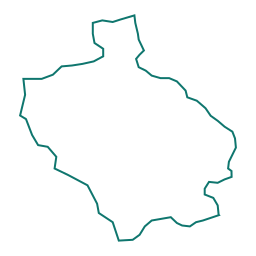 Jincheon-gun, North Chungcheong, South Korea
{"feature_id": "91817680B40614027699537", "entity_name": "Jincheon-gun", "entity_type": "district", "adm_level": 2, "iso_a3": "KOR", "parent_name": "South Korea", "parent_adm1": "North Chungcheong", "projection": "robinson", "projection_center": [127.46, 36.871], "detail": "fine", "context": "isolated", "style": "outline", "palette": "teal", "viewbox_px": 256, "rotation_deg": 0, "n_neighbors": 0, "source": "geoboundaries", "source_scale": "gbopen_adm2", "svg_char_len": 985}
<svg xmlns="http://www.w3.org/2000/svg" viewBox="0 0 256 256"><path d="M134.4,15.4L120.5,19.5L112.7,22.0L102.3,20.4L92.8,22.9L92.8,33.8L94.5,43.0L103.2,48.8L103.2,56.3L93.7,61.4L82.4,63.9L72.0,65.5L61.6,66.4L52.9,74.7L41.6,78.9L23.4,78.9L25.1,94.8L20.1,115.5L26.0,119.1L32.1,135.0L38.1,145.1L47.7,146.8L56.3,156.8L54.6,168.5L68.5,175.2L87.5,185.3L97.1,203.7L98.8,213.0L112.7,222.2L118.8,240.6L132.7,239.8L139.6,234.8L144.8,226.4L151.7,220.5L170.8,217.2L176.9,223.0L182.1,225.5L189.9,226.4L196.0,222.2L202.9,220.5L219.0,215.1L218.6,214.6L217.7,205.4L213.3,197.9L204.7,194.5L204.7,188.7L209.0,181.9L217.7,182.8L224.6,179.4L231.6,176.9L231.5,171.0L228.1,168.5L228.9,161.8L235.9,147.6L235.0,138.4L232.4,131.7L224.6,126.7L217.7,120.8L210.7,115.8L205.5,108.2L196.8,100.7L187.3,97.3L185.6,90.6L176.9,81.4L169.1,78.1L160.4,78.1L151.7,75.6L145.7,70.6L138.7,67.2L136.1,58.9L139.6,54.7L143.9,50.5L138.7,39.6L137.9,33.8L135.3,22.9L134.4,15.4Z" fill="none" stroke="#0f766e" stroke-width="2"/></svg>